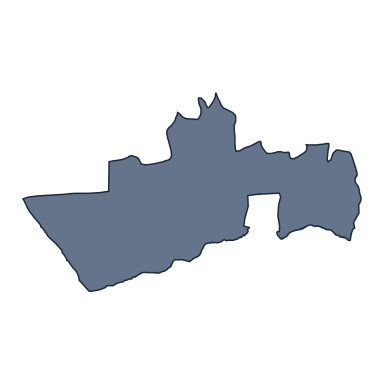 outline of Moanda, Bas-Congo, Democratic Republic of the Congo
{"feature_id": "63176286B88277060419996", "entity_name": "Moanda", "entity_type": "district", "adm_level": 2, "iso_a3": "COD", "parent_name": "Democratic Republic of the Congo", "parent_adm1": "Bas-Congo", "projection": "natural_earth1", "projection_center": [12.948, -5.756], "detail": "fine", "context": "isolated", "style": "filled", "palette": "slate", "viewbox_px": 384, "rotation_deg": 0, "n_neighbors": 0, "source": "geoboundaries", "source_scale": "gbopen_adm2", "svg_char_len": 6003}
<svg xmlns="http://www.w3.org/2000/svg" viewBox="0 0 384 384"><path d="M276.8,232.2L277.2,234.0L277.6,235.1L278.2,235.9L279.6,237.3L280.0,238.2L280.5,238.7L280.8,238.7L281.6,239.1L282.1,238.9L282.1,238.5L282.5,238.7L283.0,238.6L283.3,238.4L283.6,238.0L284.4,237.5L285.5,237.1L287.0,236.0L287.9,234.9L288.2,234.1L289.5,233.0L290.0,232.7L290.6,232.2L291.7,231.8L292.5,231.3L293.7,231.0L294.7,230.7L295.3,230.3L295.9,230.3L296.3,230.1L297.4,230.0L298.8,229.7L299.1,229.5L299.7,229.3L300.0,229.4L300.3,229.6L300.6,229.6L300.8,229.5L301.1,229.2L301.4,228.4L301.6,228.0L301.9,228.0L302.4,228.6L302.9,228.8L303.9,228.0L304.1,227.3L304.4,227.1L304.6,227.4L304.8,227.5L305.0,227.3L305.2,227.1L305.6,226.8L305.8,226.8L306.0,226.5L306.5,226.4L308.6,225.3L309.0,225.3L309.8,225.0L311.9,225.2L312.8,225.7L313.9,226.0L314.4,226.4L315.5,226.3L316.1,226.2L317.1,225.8L317.4,226.0L317.6,226.2L318.2,226.0L320.0,226.7L320.4,226.6L321.1,227.1L321.4,227.6L321.7,227.7L322.2,227.7L322.5,227.5L322.8,227.5L323.4,228.1L324.3,228.4L324.6,228.5L324.7,228.8L325.0,228.8L325.6,228.8L325.8,229.4L326.4,229.6L328.2,229.8L329.9,229.7L330.3,229.8L330.5,230.1L330.9,230.2L332.1,231.0L333.2,232.0L335.0,234.1L335.6,234.4L335.9,234.8L336.0,235.1L337.8,235.2L338.7,235.9L339.1,236.0L339.3,235.8L339.6,236.2L339.9,237.0L340.1,237.0L340.8,236.8L341.3,236.9L341.6,237.1L342.0,236.6L342.3,236.7L342.5,236.9L342.5,237.1L342.8,237.1L343.2,237.6L343.5,237.6L343.5,237.2L344.3,237.1L344.7,237.5L345.0,237.9L345.9,238.2L347.0,239.1L347.3,239.6L347.5,239.9L349.8,240.6L350.3,240.0L350.4,239.4L350.4,238.6L350.7,237.6L350.9,235.2L351.1,234.8L351.7,232.2L352.1,231.5L352.4,230.6L352.4,230.3L352.9,229.5L353.0,229.1L353.3,229.0L353.9,228.5L354.6,228.2L353.6,222.4L358.9,213.2L358.9,210.6L358.7,205.4L359.1,204.1L360.7,201.1L361.0,197.7L359.6,193.0L359.1,189.3L358.2,186.4L356.3,183.8L355.0,181.9L355.2,178.3L357.0,175.7L357.0,172.8L354.7,165.0L352.4,157.9L351.0,153.9L349.2,152.0L346.9,151.7L341.8,150.8L339.0,150.2L336.3,150.1L333.3,153.1L332.3,155.5L330.8,160.0L329.6,160.5L328.2,161.8L327.1,159.7L328.0,150.8L328.9,145.9L328.7,143.6L326.4,143.5L323.6,144.2L320.8,144.4L315.6,145.0L312.8,144.9L308.9,145.0L306.3,144.7L306.9,147.3L306.9,149.4L305.8,151.4L303.0,153.6L301.2,154.5L298.0,156.8L296.0,157.6L294.2,158.6L291.8,158.7L290.7,158.3L289.5,156.0L289.4,153.2L288.4,152.2L286.0,152.5L283.2,152.5L280.8,151.7L277.4,151.9L274.5,152.8L272.1,153.3L270.1,153.6L267.0,153.3L265.2,151.7L262.2,147.3L261.1,144.8L261.0,142.2L260.3,141.5L258.7,141.6L256.1,143.2L250.1,146.2L245.8,147.5L243.0,148.8L239.9,150.7L236.1,151.3L235.2,148.4L234.9,142.9L234.9,136.0L234.3,131.5L234.2,125.5L235.6,121.6L235.7,117.1L235.2,115.2L232.6,112.6L227.5,109.9L223.4,108.1L220.9,104.5L219.6,101.5L217.8,98.1L215.8,92.7L215.2,97.1L214.0,100.0L212.7,102.5L210.9,104.9L209.1,107.4L207.7,107.7L206.3,105.5L205.1,102.2L203.0,99.8L200.9,98.1L198.9,97.9L198.4,98.5L198.4,99.8L199.1,104.1L200.4,106.9L201.0,109.0L201.0,112.9L200.2,115.7L199.2,117.5L198.1,119.2L196.0,119.4L192.2,119.0L190.2,119.0L185.6,118.5L182.6,117.1L181.0,115.2L178.6,113.0L177.6,112.5L177.1,114.9L176.0,117.4L175.2,120.0L174.5,121.4L171.7,125.1L169.7,127.0L168.5,128.1L167.6,129.4L166.8,131.6L166.8,133.2L167.4,136.6L167.8,138.5L168.8,142.0L169.6,145.0L170.7,149.1L171.6,154.1L171.2,156.7L170.4,158.7L168.1,160.2L166.0,160.6L162.9,161.8L154.5,163.7L148.5,164.6L145.5,164.8L141.4,164.1L139.2,160.2L138.2,158.2L136.5,157.2L133.2,156.1L131.7,155.7L129.7,156.0L127.8,157.5L122.4,159.5L117.7,160.3L112.7,160.9L110.9,161.4L109.1,161.7L108.7,191.3L100.2,192.6L88.9,193.3L73.0,193.4L64.4,194.3L37.8,195.9L27.5,197.3L23.0,199.0L23.9,200.3L26.7,206.1L27.8,208.5L29.7,211.6L32.9,215.8L36.9,220.7L39.9,224.2L40.8,225.8L40.7,226.7L41.9,227.6L44.2,230.4L44.9,231.5L45.1,232.2L46.5,233.4L47.7,235.9L49.6,237.9L54.0,241.8L57.0,244.8L60.3,248.6L61.8,250.5L62.2,251.6L62.1,252.3L62.6,253.1L64.1,254.9L66.5,258.6L66.7,260.2L67.2,260.4L67.7,260.4L69.5,262.8L70.3,264.1L72.4,267.0L73.1,268.0L74.4,269.2L76.0,271.1L77.0,272.6L78.2,275.4L79.1,279.0L79.3,280.7L79.8,280.8L88.8,290.9L90.2,291.3L92.6,291.0L98.6,290.0L104.6,287.9L105.7,287.2L105.8,286.5L107.1,285.9L108.2,285.7L109.9,285.7L110.5,285.5L112.3,285.7L113.9,285.4L114.8,284.5L117.5,283.1L121.2,282.0L122.9,281.9L123.6,281.4L124.4,280.6L127.1,280.0L128.9,279.2L129.9,279.0L131.4,278.9L132.0,278.7L132.3,278.2L132.3,277.5L133.1,276.9L134.7,277.2L135.1,277.1L135.6,276.4L136.2,276.3L137.0,275.8L137.8,275.3L138.6,274.6L139.2,274.3L140.1,274.1L140.8,273.3L142.3,272.7L144.1,272.4L149.0,272.7L150.8,272.6L152.8,272.7L154.2,272.6L155.0,272.5L155.1,272.8L155.3,273.0L158.1,273.0L158.8,273.1L159.7,272.9L160.6,272.5L161.3,272.0L162.1,271.8L162.9,271.3L164.0,271.3L164.5,271.2L166.0,270.1L167.2,269.4L168.3,268.2L169.3,267.4L170.0,267.1L170.7,266.4L171.4,265.3L171.4,264.6L171.7,264.5L172.4,263.0L172.5,261.8L174.9,259.9L175.7,259.6L176.1,259.8L178.2,259.8L180.6,259.7L181.8,259.7L183.0,259.9L186.8,260.9L188.1,261.1L188.3,261.3L188.9,261.3L189.0,261.5L189.8,261.5L192.3,259.5L192.8,259.0L193.0,259.0L194.3,258.3L195.2,257.5L195.9,257.2L197.2,256.9L197.7,256.6L198.6,256.0L199.3,255.3L199.9,254.4L200.0,253.9L200.4,253.8L200.6,253.5L200.8,253.1L200.9,252.4L201.8,249.8L202.6,248.8L202.8,248.5L203.4,247.2L203.7,246.8L203.9,245.9L204.4,245.1L205.4,244.2L207.0,243.4L208.4,243.0L210.6,243.0L211.3,242.7L212.3,242.2L213.3,242.8L214.1,242.8L215.3,242.4L216.1,242.5L216.7,242.7L217.5,242.7L221.0,241.8L221.9,241.4L222.9,240.2L223.5,240.1L224.3,239.6L225.0,240.1L225.8,240.5L226.8,240.6L227.8,240.5L228.4,240.1L230.7,240.3L233.0,240.3L235.1,239.7L236.0,239.4L237.0,239.2L237.8,238.9L240.2,237.1L240.3,237.3L241.0,237.6L241.6,237.3L242.3,236.4L242.6,235.7L243.2,235.0L244.3,235.7L244.9,235.3L245.5,234.5L246.7,233.5L248.0,231.8L248.0,231.1L247.4,229.5L249.0,228.2L249.3,227.5L243.8,226.1L244.8,218.5L248.2,206.3L247.7,195.6L257.7,194.3L279.2,193.1L280.7,196.8L278.6,205.1L277.9,215.9L279.6,226.1L279.3,231.6L278.3,231.4L276.8,232.2Z" fill="#64748b" stroke="#1e293b" stroke-width="1.5"/></svg>